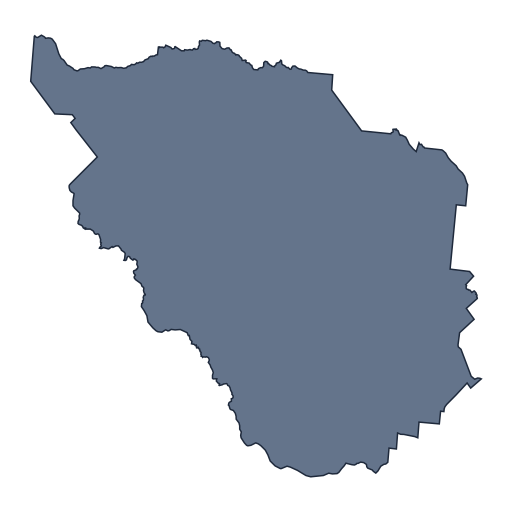 outline of Etheridge, Queensland, Australia
{"feature_id": "25037944B75577230273205", "entity_name": "Etheridge", "entity_type": "district", "adm_level": 2, "iso_a3": "AUS", "parent_name": "Australia", "parent_adm1": "Queensland", "projection": "natural_earth1", "projection_center": [143.382, -18.563], "detail": "fine", "context": "isolated", "style": "filled", "palette": "slate", "viewbox_px": 512, "rotation_deg": 0, "n_neighbors": 0, "source": "geoboundaries", "source_scale": "gbopen_adm2", "svg_char_len": 5888}
<svg xmlns="http://www.w3.org/2000/svg" viewBox="0 0 512 512"><path d="M34.3,36.3L30.7,81.3L54.8,113.9L72.3,114.7L75.1,118.4L70.8,122.6L76.1,129.9L97.3,157.0L70.6,183.7L69.4,185.1L69.1,186.0L69.2,187.8L69.9,190.4L71.4,192.0L73.7,193.2L74.1,193.7L73.0,200.6L73.0,205.8L74.7,208.2L79.6,213.0L79.7,214.2L79.1,215.9L79.3,218.5L78.8,220.2L78.2,221.3L78.0,223.4L78.9,224.3L81.5,225.3L82.7,226.5L83.1,227.7L84.8,228.9L84.9,228.0L85.7,228.0L85.8,229.1L90.3,229.1L93.4,231.1L94.5,233.4L95.4,234.1L96.2,234.3L97.8,233.8L98.9,234.5L100.6,239.4L100.5,242.2L101.3,242.9L100.8,243.8L100.8,244.7L101.4,245.9L99.7,247.4L99.4,248.2L101.2,248.6L103.6,247.6L108.2,248.9L108.9,248.8L112.1,246.6L112.9,247.4L116.0,245.9L118.5,245.9L121.1,249.2L121.4,250.2L124.3,252.2L125.2,253.5L124.6,258.7L123.9,260.3L125.3,260.5L126.4,259.9L127.1,257.5L128.0,256.4L128.8,256.4L129.7,256.9L130.4,258.3L132.8,260.1L133.6,259.8L133.9,258.9L135.0,259.2L136.9,260.7L137.2,261.9L136.8,264.2L137.9,266.7L137.9,267.4L137.2,268.9L136.5,269.0L136.2,269.8L133.8,270.8L133.5,271.6L133.8,273.2L135.4,275.1L134.2,276.8L134.2,277.8L135.5,279.6L141.0,283.6L142.0,286.3L143.5,287.4L143.8,288.3L143.5,290.6L144.1,292.8L145.3,294.5L145.2,295.0L144.1,295.1L143.6,296.1L143.2,297.4L143.5,298.9L143.3,300.3L142.5,301.0L142.7,302.6L142.3,303.3L141.7,303.5L141.4,306.6L144.1,310.6L146.9,315.7L148.0,322.1L152.9,327.9L156.0,330.7L157.8,331.7L161.9,332.2L165.7,329.8L167.9,330.9L169.3,330.6L171.1,329.4L175.1,329.9L180.3,329.5L187.2,332.7L188.2,335.5L188.5,335.7L189.3,335.5L190.0,339.3L191.9,341.4L191.5,343.8L194.5,344.5L195.4,345.7L196.2,345.1L196.7,346.4L196.5,347.7L196.9,348.0L198.4,347.4L198.6,348.5L199.7,349.2L199.5,349.9L200.1,350.8L200.1,351.6L201.0,352.3L201.1,352.9L200.8,354.1L201.3,355.3L201.1,356.2L202.2,356.5L202.6,357.4L203.3,356.9L205.8,357.1L206.4,356.7L208.4,357.6L209.3,359.7L209.2,360.5L208.3,362.4L210.1,364.9L210.9,367.3L212.4,369.9L213.3,372.7L212.5,375.2L212.5,378.2L213.2,378.9L216.8,378.8L216.3,381.0L218.1,383.1L219.5,383.6L219.0,385.2L219.3,385.5L222.2,384.8L223.6,384.0L226.6,383.6L227.2,384.1L227.7,385.4L229.1,386.0L230.1,387.9L230.5,389.8L232.0,392.9L231.9,394.4L232.9,395.5L233.2,397.1L232.5,398.4L231.3,398.7L231.4,401.2L229.4,402.3L228.8,403.1L228.4,405.1L229.0,405.5L229.8,408.3L230.4,409.4L233.4,410.5L235.3,413.3L236.1,416.2L236.2,419.2L239.0,422.9L239.7,425.8L239.7,429.2L241.3,431.9L240.7,435.4L241.1,437.8L244.4,442.9L246.6,445.3L247.8,445.8L250.9,445.3L255.7,442.9L258.2,443.8L260.9,445.7L265.3,450.1L267.9,454.9L270.2,461.0L275.1,465.9L280.4,468.6L281.2,468.6L287.0,466.2L290.3,467.1L297.5,470.4L305.9,475.5L310.7,476.8L323.4,475.5L328.7,473.2L332.4,473.9L337.1,473.6L338.9,472.3L341.5,468.8L344.2,465.8L345.9,463.2L351.9,464.7L354.4,465.0L356.0,464.3L356.8,463.4L358.0,463.4L360.7,462.1L363.7,462.6L366.4,464.4L366.8,466.8L367.7,468.1L372.3,470.0L373.3,471.3L375.8,473.1L377.9,471.0L380.8,466.2L383.9,464.3L385.8,464.0L387.8,462.3L389.0,448.1L396.4,449.0L397.6,433.0L400.7,434.3L403.8,434.4L414.8,436.6L417.8,437.8L419.0,422.1L439.3,423.9L440.6,411.2L443.9,411.6L444.2,408.8L444.9,406.8L446.6,404.5L456.0,395.0L467.1,383.0L470.7,388.1L481.3,378.9L480.0,378.3L477.7,378.0L474.7,379.2L471.2,376.3L461.0,349.3L458.3,346.9L458.0,345.0L459.6,332.7L474.1,319.3L466.3,308.4L477.3,298.5L477.1,297.4L476.6,296.9L477.0,295.9L476.9,294.9L475.9,294.4L476.3,293.3L474.4,291.0L473.5,291.2L471.9,292.5L469.8,290.0L468.5,290.0L468.1,289.4L467.3,289.3L466.3,288.7L466.1,286.7L466.6,285.7L465.7,284.7L473.6,276.2L469.6,271.5L450.1,269.1L456.3,204.8L465.7,205.8L467.7,184.7L466.8,183.1L464.6,176.4L462.5,173.1L458.1,169.0L456.2,165.8L451.1,161.2L448.2,157.7L445.7,153.1L443.2,150.8L441.9,149.9L424.5,148.0L423.9,147.0L423.2,146.9L422.6,146.1L421.5,144.3L420.0,144.6L419.0,142.8L416.2,151.6L413.3,149.1L409.2,144.3L407.5,140.5L405.7,137.2L401.7,135.1L400.9,135.4L400.2,134.7L399.7,134.9L398.1,130.8L397.3,130.4L396.3,129.0L395.6,129.1L395.6,129.8L394.2,129.1L392.9,129.4L393.2,131.6L392.7,132.3L391.4,132.7L390.8,133.8L361.6,130.9L331.7,90.1L332.7,74.7L307.8,72.5L306.7,70.9L305.4,70.2L303.3,70.1L300.8,69.1L299.4,69.0L297.4,68.0L295.0,66.0L292.9,66.1L291.6,67.7L291.3,69.0L290.0,69.3L288.1,67.4L287.2,67.7L286.3,67.3L284.8,65.8L282.7,64.8L281.8,63.9L281.5,60.8L280.8,60.2L279.4,62.3L276.4,63.2L275.9,64.9L274.4,66.2L274.4,66.7L272.0,66.3L271.2,65.5L270.1,65.1L268.5,63.5L268.0,63.6L267.7,62.3L267.1,61.8L265.2,61.3L263.8,62.6L263.6,66.2L262.4,67.7L260.7,67.6L258.5,68.6L257.8,69.9L253.7,69.5L252.4,67.7L251.8,65.4L250.6,64.9L249.2,63.1L246.3,62.6L245.7,61.5L246.2,60.8L245.6,60.1L242.2,60.5L241.6,58.3L239.3,56.2L239.1,55.5L238.1,54.9L236.4,54.6L235.9,55.0L234.5,53.3L233.4,53.1L232.0,51.9L231.2,49.9L230.4,49.8L229.0,47.9L226.9,48.0L224.7,49.2L222.1,48.6L220.0,46.1L219.8,42.4L218.7,41.9L216.7,41.8L215.9,42.8L215.2,43.0L214.5,43.6L213.0,43.3L211.0,41.4L206.9,40.2L205.6,40.7L202.3,40.3L201.2,41.3L199.7,40.9L199.3,41.9L199.5,45.1L198.5,46.5L198.2,48.4L197.2,49.2L195.2,49.4L194.8,48.5L193.6,48.7L192.5,50.0L190.9,49.9L190.1,49.5L187.5,50.1L184.6,49.7L184.2,50.8L181.5,50.8L175.2,46.6L174.8,46.8L174.6,48.1L174.0,48.6L172.1,49.0L170.9,47.5L165.8,45.2L165.1,46.8L163.7,47.8L163.0,47.2L160.0,47.1L159.6,47.5L159.1,46.8L158.4,47.0L157.5,54.7L156.1,54.9L154.2,56.1L152.3,56.1L152.1,56.5L150.9,56.2L149.1,57.2L148.2,58.7L145.0,59.9L143.5,61.6L141.5,62.3L139.6,62.2L137.8,63.2L136.7,62.8L135.4,64.1L134.1,64.7L131.4,64.4L130.4,65.6L127.7,66.4L126.3,67.8L123.7,68.3L121.1,67.5L117.8,67.7L115.9,67.3L114.3,68.0L111.4,66.5L106.1,65.5L104.8,65.8L104.1,66.8L101.0,68.6L98.2,67.3L96.2,67.4L95.3,67.0L91.6,66.9L90.2,68.0L88.0,67.6L84.5,68.7L80.3,69.0L78.0,70.7L77.0,70.9L73.9,69.7L73.0,68.4L69.4,66.0L67.2,65.1L64.0,60.5L62.8,59.4L61.3,58.6L58.8,53.8L55.6,43.7L52.2,39.1L50.6,38.2L48.3,37.9L45.5,38.3L45.1,37.5L44.1,36.7L41.4,35.2L37.7,37.5L36.1,37.2L34.8,35.8L34.3,36.3Z" fill="#64748b" stroke="#1e293b" stroke-width="1.5"/></svg>